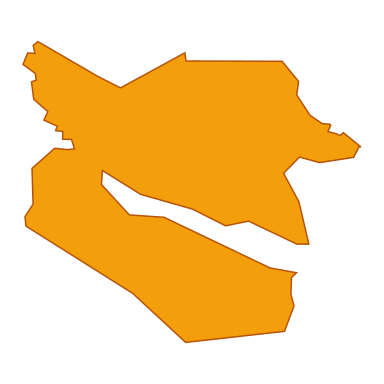 Beaufort, North Carolina, United States of America
{"feature_id": "52423323B44486980116087", "entity_name": "Beaufort", "entity_type": "district", "adm_level": 2, "iso_a3": "USA", "parent_name": "United States of America", "parent_adm1": "North Carolina", "projection": "natural_earth1", "projection_center": [-76.82, 35.478], "detail": "fine", "context": "isolated", "style": "filled", "palette": "amber", "viewbox_px": 384, "rotation_deg": 0, "n_neighbors": 0, "source": "geoboundaries", "source_scale": "gbopen_adm2", "svg_char_len": 1002}
<svg xmlns="http://www.w3.org/2000/svg" viewBox="0 0 384 384"><path d="M162.1,320.6L185.6,342.4L284.5,331.3L294.0,306.0L290.9,294.0L291.5,277.5L296.5,272.8L269.9,267.9L164.0,217.3L129.3,214.9L101.5,184.6L102.4,170.5L140.7,194.4L192.4,209.1L225.6,225.8L248.5,221.1L296.8,244.1L308.8,244.1L298.9,201.7L283.6,173.3L299.4,157.1L319.6,162.6L353.6,157.3L359.4,146.2L361.0,147.1L343.4,132.7L340.4,135.1L339.8,135.5L339.0,135.2L338.6,135.1L338.4,135.0L337.2,134.0L327.9,131.6L330.7,125.3L330.6,125.2L330.3,124.6L330.1,124.4L329.8,124.2L322.3,123.7L310.0,115.3L296.7,94.9L298.6,81.5L282.1,61.3L281.9,61.3L186.0,61.0L184.8,52.8L160.1,66.3L120.4,87.9L97.8,76.4L37.9,41.6L33.2,45.4L34.9,53.4L27.7,53.0L23.0,64.4L35.1,73.3L36.3,80.0L31.5,81.9L33.7,99.3L47.8,111.5L43.9,120.2L57.3,126.2L55.6,130.6L62.8,131.5L62.6,139.2L71.5,139.4L74.5,148.9L67.0,149.6L54.7,148.3L32.0,168.4L33.1,204.1L25.0,216.5L25.9,226.1L132.9,293.5L135.6,296.1L154.1,313.2L162.1,320.6Z" fill="#f59e0b" stroke="#b45309" stroke-width="1.5"/></svg>